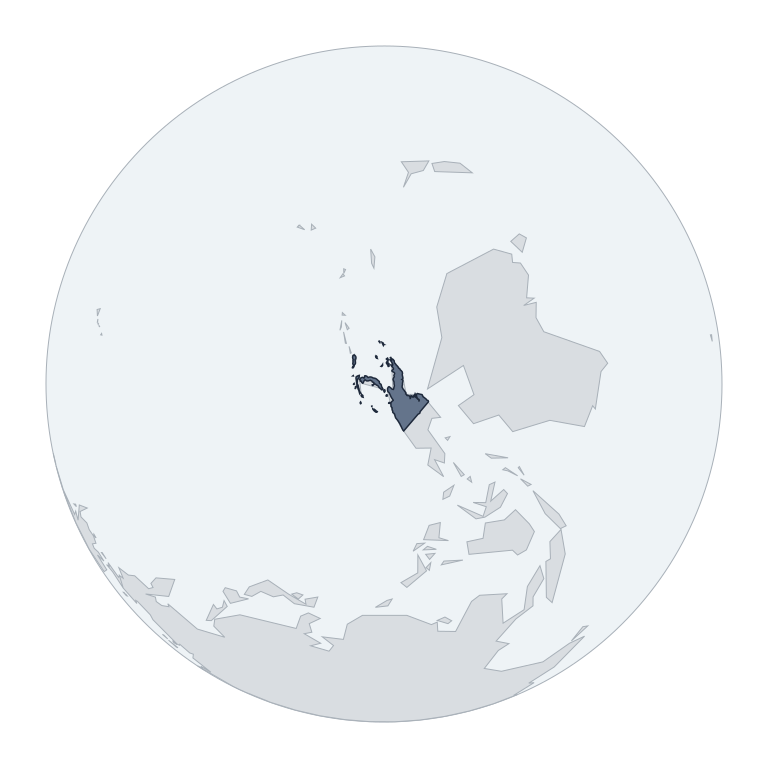 Papua New Guinea highlighted on a globe, orthographic projection, rotated 221°
{"feature_id": "PNG", "entity_name": "Papua New Guinea", "entity_type": "country or territory", "adm_level": 0, "iso_a3": "PNG", "parent_name": "Oceania", "parent_adm1": "", "projection": "orthographic", "projection_center": [148.76, -6.492], "detail": "fine", "context": "on_globe", "style": "filled", "palette": "slate", "viewbox_px": 768, "rotation_deg": 221, "n_neighbors": 0, "source": "natural_earth", "source_scale": "50m", "svg_char_len": 11968}
<svg xmlns="http://www.w3.org/2000/svg" viewBox="0 0 768 768"><g transform="rotate(221 384 384)"><circle cx="384" cy="384" r="338" fill="#eef3f6" stroke="#a8b0b8"/><path d="M552.4,445.5L552.4,448.1L552.0,448.4L552.4,445.5ZM577.9,107.2L558.0,94.4L531.9,82.6L533.3,85.8L525.5,80.5L534.6,92.8L526.6,95.7L529.7,88.4L525.5,84.9L517.1,84.2L511.0,80.7L503.5,78.7L496.9,74.8L499.2,72.1L495.0,69.9L489.3,69.7L479.2,66.6L488.1,67.0L471.3,61.9L472.1,58.8L497.7,65.8L525.6,77.2L552.4,91.1L577.9,107.2ZM647.6,254.7L644.9,247.3L649.4,252.0L647.6,254.7ZM641.2,243.0L642.6,245.4L641.1,243.4L641.2,243.0ZM638.8,241.5L640.6,242.6L638.8,242.1L638.8,241.5ZM635.8,240.6L637.3,240.8L637.3,241.1L635.8,240.6ZM630.3,236.9L628.9,235.8L630.1,235.2L630.3,236.9ZM579.0,108.2L578.7,107.9L588.1,114.7L585.3,112.7L579.0,108.2ZM535.7,89.6L539.4,90.0L537.9,91.0L535.7,89.6ZM503.6,79.1L504.5,80.4L500.2,78.9L503.6,79.1ZM486.2,71.9L479.0,69.8L486.7,71.4L486.2,71.9ZM475.1,68.2L457.6,64.0L458.1,65.9L446.9,58.9L465.4,64.2L474.9,65.7L471.8,66.2L475.1,68.2ZM443.5,56.2L439.6,55.2L444.1,55.8L443.5,56.2ZM260.4,69.5L261.2,69.2L261.8,69.0L286.5,60.5L286.4,60.5L293.1,58.5L299.6,56.8L333.6,50.1L337.1,50.8L325.6,52.9L348.5,51.9L350.6,55.0L354.1,53.6L367.4,53.6L367.0,52.6L369.6,52.0L403.7,54.5L409.0,56.5L427.6,58.2L429.4,57.8L426.5,56.2L446.9,58.9L458.1,65.9L453.5,66.3L463.6,71.4L451.6,72.1L446.3,75.7L427.3,75.1L424.8,78.9L429.1,80.6L428.9,88.1L413.7,99.2L407.1,82.4L426.2,69.1L416.7,73.2L413.2,70.4L406.4,71.0L400.2,74.8L403.0,76.3L364.1,76.6L338.0,88.4L353.6,89.6L357.4,95.4L341.3,115.3L289.9,141.9L294.6,154.1L290.9,161.6L278.3,165.2L283.2,154.1L275.6,149.3L280.4,143.2L261.7,146.8L267.6,138.3L250.2,146.3L250.5,153.5L264.7,152.7L247.1,164.6L254.1,178.6L248.5,195.2L214.9,224.4L190.4,233.5L187.6,239.2L181.2,232.7L167.6,244.2L175.3,277.3L173.2,287.3L153.6,306.4L154.1,299.0L137.2,281.6L130.2,305.6L142.9,325.2L147.1,349.2L135.7,342.0L131.8,321.1L126.0,314.3L130.3,293.3L130.7,263.5L119.4,270.0L122.9,257.9L121.7,235.1L106.9,244.2L81.8,278.5L73.9,310.1L67.2,325.3L69.9,282.1L78.5,253.2L74.8,257.1L81.5,235.3L79.8,236.8L91.6,214.5L105.1,193.2L120.1,173.0L136.5,153.9L154.3,136.1L173.4,119.7L193.7,104.8L215.0,91.4L237.3,79.6L260.4,69.5ZM164.2,631.5L169.9,635.2L169.1,636.1L164.2,631.5ZM218.4,407.1L227.8,408.9L227.7,410.5L218.4,407.1ZM208.5,401.2L218.8,402.0L207.1,404.7L208.5,401.2ZM222.9,402.4L233.5,399.7L238.1,397.2L237.5,400.5L222.9,402.4ZM201.6,401.2L166.6,400.6L153.5,396.5L156.0,390.6L177.3,391.9L201.6,401.2ZM155.0,390.4L135.7,374.6L113.7,329.3L121.5,329.5L145.4,356.3L143.7,361.3L155.4,373.9L155.0,390.4ZM204.0,360.4L202.3,375.4L182.5,373.8L173.7,371.3L167.7,352.2L171.0,342.6L178.0,342.9L208.1,311.2L217.9,319.3L208.0,332.5L216.3,345.6L204.0,360.4ZM74.0,313.0L74.7,331.3L71.5,335.1L74.0,313.0ZM222.6,289.7L208.9,302.9L222.1,285.1L222.6,289.7ZM231.8,273.1L231.5,279.9L227.5,273.1L231.8,273.1ZM185.1,248.1L177.6,249.7L178.5,245.1L188.7,240.5L185.1,248.1ZM244.0,209.8L239.7,222.7L236.8,227.1L235.5,219.1L244.0,209.8ZM330.4,50.5L338.6,49.2L338.6,49.3L336.7,49.6L330.4,50.5ZM339.9,49.0L339.0,49.1L332.8,50.0L333.9,49.8L339.9,49.0ZM485.1,577.6L492.5,581.9L484.4,591.5L471.5,600.5L455.9,601.3L485.1,577.6ZM372.4,587.7L366.1,574.1L381.9,574.8L380.4,586.0L372.4,587.7ZM494.4,570.9L501.4,560.5L498.4,545.2L504.4,559.8L516.7,563.1L496.5,581.8L494.4,570.9ZM297.7,528.3L242.6,550.0L228.8,546.4L228.4,535.8L208.1,503.8L212.3,504.5L204.8,483.4L235.1,465.3L255.6,432.5L277.0,435.9L290.4,412.8L313.7,416.5L309.1,435.0L336.2,450.1L347.9,408.8L370.8,457.0L394.7,476.7L409.0,508.6L389.8,557.7L372.8,565.8L366.7,560.1L360.4,564.8L346.4,561.0L332.9,542.6L327.0,547.3L330.1,534.9L322.7,545.5L312.8,533.8L297.7,528.3ZM467.6,464.8L472.6,467.0L482.6,477.1L474.3,474.0L467.6,464.8ZM539.9,452.4L543.5,457.1L537.8,456.8L539.9,452.4ZM552.0,448.4L545.1,448.4L552.4,445.5L552.0,448.4ZM486.9,441.1L490.0,444.5L488.1,445.2L486.9,441.1ZM484.7,439.7L486.8,435.5L487.3,440.2L484.7,439.7ZM458.3,410.5L460.8,408.5L462.3,410.6L458.3,410.5ZM241.9,409.7L254.4,398.4L261.9,397.8L241.9,409.7ZM453.7,404.8L446.9,403.2L447.3,400.9L453.7,404.8ZM453.6,399.1L452.5,395.6L457.6,404.3L453.6,399.1ZM439.9,389.4L448.7,396.8L439.0,390.0L439.9,389.4ZM435.1,389.5L429.1,386.0L429.5,385.0L435.1,389.5ZM373.5,385.4L395.2,408.1L379.1,405.4L360.5,390.8L348.4,400.9L319.4,396.0L325.3,389.5L320.8,378.2L292.4,371.4L286.6,364.0L296.2,360.1L278.2,353.2L297.8,351.6L306.4,366.6L317.7,356.5L338.4,361.4L359.4,368.6L377.5,381.6L373.5,385.4ZM299.0,383.2L302.5,383.5L299.7,387.6L299.0,383.2ZM417.7,376.2L426.4,384.6L425.6,386.2L421.5,384.5L417.7,376.2ZM381.4,379.6L400.3,370.3L405.0,371.2L392.7,383.0L381.4,379.6ZM395.2,361.9L404.5,364.9L409.7,372.4L407.9,373.9L395.2,361.9ZM258.9,366.9L258.3,370.8L253.4,367.4L258.9,366.9ZM265.1,364.9L280.2,370.3L263.9,368.2L265.1,364.9ZM222.4,349.1L226.3,358.5L239.0,353.1L229.4,361.2L238.5,377.1L235.9,382.8L226.6,365.6L224.4,382.9L218.9,382.3L215.3,367.4L220.5,349.7L226.1,342.6L249.2,340.7L222.4,349.1ZM264.8,353.5L260.9,342.5L263.9,335.6L268.0,341.5L264.8,353.5ZM250.6,316.4L241.7,304.0L232.6,308.1L252.0,292.5L257.2,306.9L250.6,316.4ZM244.7,290.0L236.0,293.6L245.6,284.5L244.7,290.0ZM234.4,289.6L234.5,281.5L240.8,282.8L234.4,289.6ZM248.9,290.6L252.3,276.9L254.5,285.1L248.9,290.6ZM234.6,263.6L246.3,277.2L229.3,270.9L233.3,245.5L240.9,245.2L234.6,263.6ZM306.8,171.6L307.6,165.5L315.8,164.9L312.9,169.2L306.8,171.6ZM343.1,159.9L318.2,162.8L298.4,166.6L302.4,169.8L294.2,179.8L290.4,169.6L307.5,159.4L321.7,158.6L327.9,150.8L340.9,146.7L344.4,137.0L351.4,133.6L352.6,142.5L343.1,159.9ZM345.3,133.0L356.0,117.7L369.5,121.9L370.2,126.1L359.6,131.1L353.1,128.5L345.3,133.0ZM362.6,115.6L356.4,113.3L359.1,92.1L363.1,89.0L368.1,105.7L362.6,104.6L359.5,109.5L362.6,115.6ZM438.7,55.6L439.6,55.2L441.5,56.1L438.7,55.6ZM369.0,51.5L373.0,50.9L375.2,51.6L369.0,51.5ZM385.3,50.1L380.0,49.7L387.0,49.7L385.3,50.1ZM368.0,49.2L378.6,49.3L366.4,49.8L368.0,49.2Z" fill="#d9dde1" stroke="#a8b0b8" stroke-width="1"/><path d="M338.8,399.8L338.6,386.8L337.9,385.8L337.9,385.1L338.5,383.5L338.3,361.5L339.5,361.6L342.4,362.8L343.3,363.3L344.2,363.5L345.5,364.2L349.6,365.5L353.1,366.1L356.4,368.3L357.5,368.4L358.2,368.3L358.8,368.4L359.1,368.6L359.2,368.9L359.7,369.4L360.4,369.6L361.0,370.0L362.4,371.4L363.9,371.6L366.4,374.2L366.5,374.6L366.6,376.3L366.3,377.6L366.9,378.0L369.0,378.5L370.2,378.9L373.9,380.6L374.4,380.8L375.9,380.8L377.0,381.4L378.0,382.6L378.4,383.0L378.7,384.4L378.6,385.0L378.4,385.3L377.8,385.4L375.8,385.5L374.4,385.4L373.4,386.0L373.5,386.6L374.3,388.0L374.8,389.2L375.2,389.7L376.4,390.6L377.9,392.2L379.2,392.8L380.3,393.5L380.8,394.9L381.0,396.2L382.2,397.0L382.6,398.4L383.0,399.1L383.5,399.3L384.2,399.3L386.0,398.9L386.6,399.0L386.8,399.2L386.9,399.9L386.7,400.5L386.6,401.2L386.9,401.7L388.2,402.3L390.4,402.5L391.3,402.9L391.1,403.1L389.8,403.5L389.8,403.9L390.5,404.8L393.3,405.8L394.3,405.9L395.1,406.2L396.1,406.1L394.9,406.7L393.8,406.5L393.6,406.7L394.0,407.2L394.9,407.7L394.8,408.0L394.0,408.4L393.0,408.5L391.3,408.1L390.9,407.5L389.8,406.8L388.6,406.7L387.4,406.4L385.0,406.2L383.4,405.6L382.1,405.8L381.1,405.4L380.5,405.3L379.9,405.4L378.2,405.1L377.0,404.2L376.7,403.5L376.1,402.8L373.9,401.1L373.3,400.3L373.5,399.2L373.2,399.3L372.9,399.3L372.0,399.0L371.6,398.5L370.6,396.7L369.6,395.6L369.0,394.4L368.1,393.4L366.3,392.7L364.8,392.5L363.7,392.1L361.9,391.8L361.4,391.4L361.2,390.8L360.7,390.9L359.2,390.4L358.8,390.6L358.7,391.1L358.3,391.0L357.5,391.6L357.0,391.6L355.6,391.1L354.6,390.1L354.2,389.9L354.7,390.4L355.9,392.7L355.3,392.7L355.6,393.1L355.3,393.2L353.6,393.0L353.4,393.1L354.0,394.2L351.0,394.9L349.9,394.9L348.7,394.7L347.7,395.0L347.2,395.0L346.6,394.1L345.8,394.3L346.5,394.3L346.9,395.0L347.4,395.3L348.0,395.1L349.3,395.1L351.1,395.9L352.3,397.0L352.7,397.6L352.7,398.4L352.6,398.7L349.7,400.2L348.5,400.9L347.8,400.8L347.0,400.3L346.1,400.0L342.5,400.3L341.3,400.0L340.7,400.1L340.2,400.4L339.7,400.4L338.8,399.8ZM402.0,370.6L402.9,371.2L403.7,370.6L404.2,371.1L405.4,371.4L405.2,372.3L405.4,373.1L405.4,373.7L405.1,374.2L404.5,375.0L404.0,375.2L403.1,375.3L402.9,375.7L403.0,376.1L403.9,377.4L403.5,378.0L402.2,378.6L401.2,378.5L400.2,378.5L399.6,379.7L398.5,380.7L397.4,381.2L396.7,381.3L396.0,381.5L395.4,382.0L394.7,382.2L394.0,382.7L392.4,382.8L389.2,382.8L388.9,382.6L388.2,381.8L387.6,381.6L386.0,381.8L383.8,380.3L381.9,379.7L381.5,379.2L381.6,378.4L382.1,378.0L382.9,378.2L383.4,378.1L384.1,378.2L385.4,378.1L386.8,378.6L387.5,378.6L388.2,378.6L389.1,378.2L390.3,378.3L391.1,377.9L391.4,376.0L391.6,375.4L391.8,375.3L392.3,375.6L391.8,376.3L391.7,377.0L391.9,377.7L392.4,378.3L393.0,378.4L393.7,378.0L394.3,377.9L395.0,378.3L395.6,378.2L395.9,378.0L396.6,377.9L396.9,377.7L398.0,375.9L399.1,375.0L399.7,374.8L400.5,374.9L401.1,374.6L401.1,373.1L400.4,371.1L400.7,370.5L402.0,370.6ZM426.1,385.4L425.8,386.1L425.7,385.9L425.2,386.1L424.7,386.5L423.5,386.3L422.5,385.6L421.7,384.4L421.9,383.8L421.7,383.2L420.6,382.6L420.2,381.9L419.8,381.7L419.1,380.9L418.8,379.8L419.0,378.6L419.0,378.0L419.8,378.5L420.5,378.6L421.1,379.1L421.7,380.3L422.7,381.2L423.2,382.2L424.2,382.7L425.3,383.6L425.9,384.7L426.1,385.4ZM409.0,373.3L408.3,374.3L407.4,373.1L407.0,372.3L407.1,371.1L407.0,370.2L406.6,369.4L404.7,366.9L404.2,366.5L402.9,366.1L402.4,365.8L400.6,364.4L399.9,364.1L399.6,363.7L397.6,362.4L397.0,362.2L396.3,362.1L395.7,361.9L396.2,361.8L396.3,361.3L396.2,360.9L398.2,362.2L398.5,362.7L399.0,362.7L400.0,363.1L401.2,363.9L401.9,364.5L403.3,365.0L404.1,365.9L409.0,370.0L409.6,370.9L409.7,371.5L409.2,372.2L409.0,373.3ZM374.0,357.3L376.0,357.7L376.2,357.9L375.6,357.9L374.8,358.6L374.5,358.5L373.2,358.7L372.1,358.4L371.9,358.6L371.5,358.6L371.0,358.8L370.9,358.3L371.3,358.2L371.2,357.7L371.6,357.4L372.2,357.4L372.8,357.3L374.0,357.3ZM394.3,400.8L395.1,401.3L395.6,401.2L395.8,401.3L396.3,401.8L396.4,402.7L396.1,403.0L396.1,402.7L395.9,402.7L393.7,402.5L394.2,402.0L393.7,401.4L393.8,400.9L394.3,400.8ZM393.9,361.4L392.7,361.5L392.3,361.4L391.6,360.6L391.1,360.3L391.9,359.9L392.6,359.8L393.8,360.3L394.0,360.7L393.9,361.4ZM397.5,404.8L398.1,404.4L398.5,404.3L398.7,404.5L398.3,405.9L396.8,405.2L396.7,404.7L396.4,404.5L395.8,403.4L395.7,403.0L396.2,403.5L397.3,404.3L397.3,404.6L397.5,404.8ZM406.5,398.6L407.6,398.7L407.8,399.0L408.4,399.3L408.6,399.5L408.4,399.9L408.5,400.1L407.9,400.2L407.0,399.9L407.0,399.6L406.6,399.2L405.9,398.9L406.5,398.6ZM411.6,413.5L412.5,413.8L412.9,414.1L411.7,414.4L411.5,414.2L410.7,414.0L410.5,413.6L410.1,413.7L410.3,413.5L409.8,413.1L409.7,412.6L411.6,413.5ZM379.7,380.1L379.4,379.9L378.8,379.6L378.3,378.9L378.3,378.1L378.6,378.1L379.9,378.8L380.0,379.0L379.9,379.7L379.7,380.1ZM393.4,401.1L393.1,401.9L392.8,401.7L391.9,400.9L392.0,400.3L392.4,400.0L393.1,400.4L393.4,401.1ZM418.8,377.7L418.4,378.0L418.1,377.3L417.9,376.0L418.4,375.5L418.7,375.7L418.8,376.2L419.0,376.7L418.8,377.7ZM374.7,377.8L374.4,377.8L373.7,377.0L373.8,376.7L374.4,376.3L374.9,376.7L375.0,377.5L374.7,377.8ZM389.7,354.2L389.9,355.1L389.4,355.0L388.6,354.4L388.6,354.1L388.8,353.7L389.1,353.8L389.7,354.2ZM367.9,373.6L367.5,373.8L367.2,373.7L367.1,373.3L367.2,372.9L367.8,372.5L368.0,372.7L368.1,373.1L367.9,373.6ZM397.7,397.2L397.8,397.7L397.3,397.2L397.5,396.3L397.1,396.0L397.3,395.6L397.8,395.4L397.7,396.0L397.9,396.3L397.7,397.2ZM353.9,396.8L354.0,397.0L353.2,396.7L351.9,396.0L351.7,395.6L353.0,396.1L353.9,396.8ZM353.9,395.9L353.6,395.9L352.6,395.5L352.3,395.2L353.8,395.4L353.9,395.9ZM415.9,412.9L415.8,413.2L415.6,413.1L414.9,413.2L414.6,413.2L414.4,412.8L414.9,412.9L414.8,412.6L415.9,412.9ZM407.0,364.3L406.9,364.8L406.5,364.5L406.3,364.1L406.4,363.9L406.8,363.8L407.0,364.3ZM403.7,363.2L403.6,363.5L403.4,363.5L402.8,362.7L403.7,363.2ZM396.4,408.0L396.3,408.5L395.7,408.3L395.8,408.0L396.4,408.0ZM403.1,362.4L402.7,362.5L402.8,361.8L403.1,361.9L403.1,362.4ZM378.8,359.2L378.6,359.5L378.0,359.4L378.3,359.3L378.6,359.0L378.8,359.2ZM412.8,369.7L412.7,370.2L412.4,370.0L412.8,369.7Z" fill="#64748b" stroke="#1e293b" stroke-width="1.5"/></g></svg>